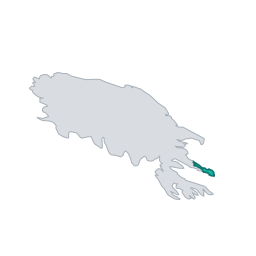 Snæfellsbær, Vesturland, Iceland shown in context, rotated 210°
{"feature_id": "244011B30460955116065", "entity_name": "Snæfellsbær", "entity_type": "district", "adm_level": 2, "iso_a3": "ISL", "parent_name": "Iceland", "parent_adm1": "Vesturland", "projection": "robinson", "projection_center": [-23.52, 64.838], "detail": "fine", "context": "in_parent", "style": "filled", "palette": "teal", "viewbox_px": 256, "rotation_deg": 210, "n_neighbors": 0, "source": "geoboundaries", "source_scale": "gbopen_adm2", "svg_char_len": 6193}
<svg xmlns="http://www.w3.org/2000/svg" viewBox="0 0 256 256"><g transform="rotate(210 128 128)"><path d="M194.2,95.3L196.4,95.4L200.0,94.6L205.0,92.1L207.2,91.5L212.2,91.5L206.3,93.9L204.2,96.6L202.6,97.9L202.7,98.5L207.1,100.1L209.1,99.6L210.1,99.8L210.9,100.6L211.6,102.1L211.4,103.7L210.2,105.3L208.6,106.6L208.9,107.0L210.3,107.2L217.3,106.4L218.3,108.4L219.0,109.0L218.8,109.7L216.2,111.7L219.4,110.4L222.0,110.1L226.6,110.7L228.5,111.5L229.7,112.8L231.9,112.4L233.0,113.1L233.1,114.0L232.2,116.2L229.6,117.3L231.4,118.9L232.7,118.9L233.0,119.3L232.9,120.2L231.0,121.3L234.5,122.6L234.9,123.0L234.9,124.5L234.3,125.3L233.3,125.8L230.9,125.8L229.4,126.4L230.0,127.3L229.7,129.8L227.9,131.9L226.2,133.0L224.4,133.7L219.5,132.9L219.8,134.7L218.1,135.7L218.5,136.7L219.1,137.1L218.9,138.3L216.8,140.7L215.3,141.5L212.1,142.5L207.7,144.7L203.1,144.6L191.8,147.8L187.4,149.5L179.6,154.6L176.3,156.0L170.5,156.6L153.1,160.0L151.2,162.0L151.2,162.4L152.0,163.2L150.7,164.6L148.1,165.7L146.9,165.7L144.6,164.8L144.4,165.2L145.3,166.3L136.8,168.0L124.8,167.1L114.2,164.6L105.9,164.1L99.9,160.7L99.7,160.1L100.3,159.1L102.4,158.6L101.4,157.6L97.9,159.4L96.7,159.4L95.2,158.6L95.1,157.9L92.2,157.6L87.0,155.4L86.6,154.9L87.8,154.2L87.6,154.0L84.8,154.1L80.8,156.2L56.9,157.0L56.1,155.9L55.1,151.9L55.9,150.3L56.9,150.4L59.7,152.7L66.1,151.4L68.7,150.6L71.1,148.4L72.4,147.7L74.3,145.0L76.3,143.3L80.3,142.5L76.7,142.0L70.7,144.2L68.7,144.2L69.6,143.2L71.7,142.2L70.2,142.1L69.7,141.6L69.6,140.6L70.7,138.9L77.7,136.0L76.0,135.4L71.2,137.7L67.6,138.4L64.7,137.4L63.3,136.0L63.3,135.4L65.0,133.7L64.7,133.4L63.6,133.2L60.4,131.6L55.4,131.7L43.1,130.8L33.8,133.0L31.6,132.0L29.8,129.8L30.1,128.9L31.8,128.4L36.3,128.5L43.0,127.4L46.0,126.1L47.2,126.4L47.8,127.1L51.9,126.1L54.1,125.0L57.8,125.5L71.6,125.0L73.4,123.5L74.1,121.8L73.8,121.5L68.7,123.0L67.5,123.0L61.6,122.2L59.5,121.2L60.2,120.5L63.3,118.9L71.2,116.1L72.3,115.6L72.4,115.0L69.3,113.8L63.3,114.1L61.8,112.7L56.8,111.9L53.5,112.4L51.7,111.6L32.3,115.9L26.0,114.0L21.5,113.6L21.1,113.0L23.7,111.1L25.5,110.7L27.3,110.9L30.7,112.2L33.1,112.7L30.1,110.7L30.0,108.8L29.1,108.4L28.2,107.1L28.6,106.7L32.1,107.0L37.8,109.1L40.6,108.7L44.3,107.4L36.1,106.6L33.6,104.9L35.4,104.0L39.6,104.1L34.9,101.2L34.7,100.6L35.5,99.3L41.4,100.5L38.3,98.7L38.2,98.4L39.1,98.0L39.5,97.0L41.0,96.5L44.0,96.9L48.6,98.9L49.2,99.5L49.4,101.5L51.2,101.2L53.4,101.5L55.2,100.1L56.4,100.4L57.4,101.7L57.3,104.4L58.5,103.5L60.7,103.4L61.0,101.1L60.6,99.3L53.5,97.3L50.8,95.7L51.1,95.2L52.4,94.8L59.7,94.4L56.6,93.5L55.8,92.6L50.3,92.9L47.5,92.6L47.4,92.1L48.5,91.4L51.9,90.0L58.3,89.9L60.8,90.3L65.8,93.4L69.8,94.6L76.5,98.8L80.7,100.4L80.9,100.8L80.2,101.3L78.6,101.9L81.1,102.6L82.7,103.7L82.8,104.2L81.5,107.6L79.9,108.7L76.0,108.0L76.9,109.1L79.7,110.2L80.4,110.9L80.0,111.5L81.3,111.3L81.7,111.7L81.2,113.6L80.5,114.3L82.8,114.7L84.4,115.6L86.5,119.5L87.5,116.5L88.0,115.4L89.0,115.0L90.0,112.0L92.6,110.2L95.1,109.5L97.7,111.6L99.5,111.8L101.3,108.1L101.5,105.4L100.8,102.4L101.1,100.2L102.3,99.0L103.9,98.6L107.5,99.8L110.5,102.8L115.0,106.1L118.1,106.9L118.7,106.8L119.2,105.7L118.6,101.5L120.0,99.2L123.6,98.6L129.0,96.5L130.3,96.5L133.0,97.7L138.1,102.0L141.6,104.0L143.6,107.2L144.4,107.8L145.1,106.8L145.1,105.3L140.6,98.7L140.5,97.8L140.9,97.1L148.5,97.5L150.2,98.2L155.6,102.0L158.2,100.4L163.0,96.0L164.8,96.1L169.3,97.9L171.0,97.8L176.0,96.2L177.0,94.1L174.5,89.9L175.4,89.0L180.1,88.0L185.2,88.2L190.7,92.1L191.0,93.9L194.2,95.3Z" fill="#d9dde1" stroke="#a8b0b8" stroke-width="1"/><path d="M40.4,127.5L40.1,127.7L40.0,127.8L39.9,127.9L40.0,127.9L39.9,128.0L39.7,128.2L39.6,128.3L39.4,128.3L39.2,128.4L39.2,128.5L39.0,128.4L38.8,128.5L38.7,128.5L38.6,128.4L38.2,128.4L38.2,128.5L37.9,128.8L38.0,128.8L37.9,128.8L37.6,129.0L37.2,129.1L36.3,129.0L36.2,129.0L36.2,128.9L35.8,128.9L35.6,128.8L34.9,128.7L34.5,128.6L34.2,128.4L34.1,128.2L34.0,128.3L34.0,128.2L33.9,128.2L34.0,128.2L33.8,128.1L33.4,128.1L33.2,128.2L32.9,128.2L32.8,128.3L32.7,128.3L32.4,128.4L32.2,128.4L31.9,128.3L31.7,128.4L31.7,128.5L31.3,128.8L31.2,128.8L31.0,129.0L30.7,129.1L30.5,129.3L30.4,129.3L30.2,129.2L30.0,129.3L29.9,129.3L29.7,129.3L29.6,129.2L29.4,129.2L29.4,129.3L29.4,129.5L29.5,129.7L29.4,129.7L29.5,129.7L29.5,129.8L29.5,130.0L29.8,130.3L30.0,130.5L30.1,130.8L30.3,130.8L30.5,131.0L30.8,131.1L30.9,131.4L31.0,131.4L31.1,131.5L31.2,131.8L31.3,131.9L31.4,132.0L31.5,132.0L31.5,132.3L31.8,132.4L31.8,132.5L32.2,132.7L32.2,132.8L32.3,132.8L32.5,132.8L32.8,132.8L33.1,133.0L33.4,133.0L33.6,133.1L33.8,133.1L33.9,133.3L34.0,133.3L34.3,133.3L34.5,133.2L35.1,133.1L35.3,133.1L35.5,133.1L35.8,133.0L36.1,132.9L36.3,132.9L36.5,133.0L37.0,133.0L37.3,133.0L37.4,132.9L37.2,132.7L37.3,132.7L37.5,132.6L37.5,132.4L37.8,132.3L37.8,132.2L37.7,132.2L37.8,132.2L37.7,132.2L37.7,131.8L37.7,131.7L38.0,131.6L38.2,131.4L38.5,131.3L39.0,131.3L39.5,131.3L40.0,131.3L40.3,131.3L40.5,131.4L40.9,131.5L41.0,131.6L41.3,131.7L41.5,131.6L41.9,131.5L42.1,131.5L42.2,131.4L42.3,131.4L42.4,131.2L42.5,130.9L42.4,130.8L42.5,130.7L42.8,130.7L43.3,130.7L43.6,130.7L44.0,130.7L44.3,130.7L44.7,130.7L45.8,130.9L46.6,131.1L47.1,131.2L47.4,131.3L47.5,131.3L47.8,131.4L48.0,131.3L48.3,131.3L48.5,131.4L48.9,131.3L49.2,131.4L49.4,131.5L49.5,131.5L49.7,131.4L49.9,131.4L50.1,131.2L50.5,131.3L51.0,131.5L51.4,131.5L51.5,131.4L51.6,131.5L52.1,131.5L52.4,131.5L52.4,131.4L52.8,131.4L53.2,131.4L53.4,131.5L54.1,131.6L53.9,131.4L53.7,131.4L53.7,131.1L53.9,130.9L53.3,130.8L53.2,130.5L52.9,130.5L52.7,130.5L52.1,130.5L52.0,130.4L51.9,130.3L52.4,129.7L52.5,129.6L52.4,129.4L52.4,129.2L52.3,128.9L52.3,128.7L51.9,128.6L51.7,128.6L51.4,128.5L50.8,128.7L50.7,128.8L50.7,129.0L50.8,129.1L50.5,129.2L50.4,129.2L50.2,129.3L49.7,129.3L49.3,129.4L49.2,129.3L48.8,129.3L48.7,129.3L48.3,129.3L48.1,129.2L47.7,129.1L47.3,129.4L47.1,129.4L46.9,129.3L46.8,129.1L46.7,129.1L46.3,129.3L45.9,129.4L45.6,129.5L45.5,129.4L45.3,129.4L45.1,129.4L44.7,129.3L44.5,129.2L44.4,129.2L44.0,129.2L43.9,129.1L43.7,129.2L43.3,129.2L43.2,129.1L42.8,129.0L42.6,128.9L42.4,128.8L42.2,128.7L42.1,128.3L41.9,128.3L41.7,128.1L41.3,128.0L41.1,128.0L41.0,127.9L40.6,127.8L40.5,127.7L40.4,127.5Z" fill="#14b8a6" stroke="#0f766e" stroke-width="1.5"/></g></svg>